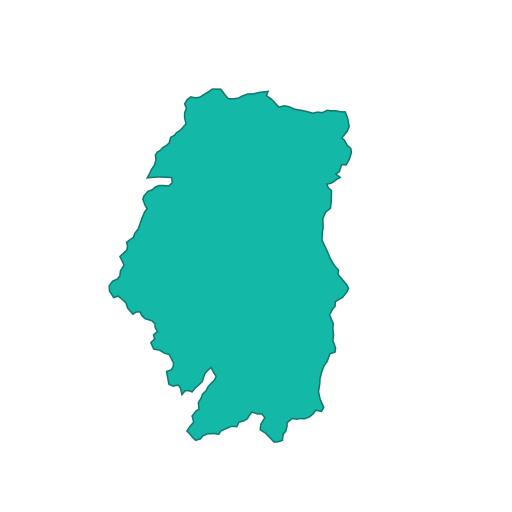 Cajati, São Paulo, Brazil (orthographic projection), rotated 327°
{"feature_id": "56859067B27281882546781", "entity_name": "Cajati", "entity_type": "district", "adm_level": 2, "iso_a3": "BRA", "parent_name": "Brazil", "parent_adm1": "São Paulo", "projection": "orthographic", "projection_center": [-48.207, -24.777], "detail": "fine", "context": "isolated", "style": "filled", "palette": "teal", "viewbox_px": 512, "rotation_deg": 327, "n_neighbors": 0, "source": "geoboundaries", "source_scale": "gbopen_adm2", "svg_char_len": 3136}
<svg xmlns="http://www.w3.org/2000/svg" viewBox="0 0 512 512"><g transform="rotate(327 256 256)"><path d="M226.2,422.0L230.4,419.8L231.8,411.0L234.5,403.9L239.7,398.1L242.7,393.9L247.5,389.4L252.8,385.4L258.5,383.0L264.7,378.3L270.0,379.6L272.5,376.7L273.7,372.4L274.3,368.9L278.2,364.2L280.9,358.7L284.0,354.8L284.9,349.3L285.8,345.2L291.7,342.1L294.9,341.3L297.5,337.6L301.6,337.6L305.9,337.9L312.3,335.8L316.0,333.5L316.4,329.5L315.5,321.7L314.7,315.9L317.5,313.0L316.5,307.2L317.0,298.2L318.4,290.4L320.0,278.6L324.8,272.0L327.2,269.4L329.9,265.4L332.1,261.3L338.3,257.1L344.4,256.5L348.4,251.8L354.9,242.4L353.8,238.1L354.5,234.3L358.3,235.8L361.7,236.0L365.8,235.6L369.5,236.0L367.5,230.7L371.7,230.7L377.6,226.0L381.2,228.7L387.0,225.7L392.4,221.2L394.1,217.4L392.7,212.7L393.3,207.2L392.3,203.7L396.7,202.3L400.4,201.1L404.7,198.1L407.9,190.4L409.3,183.7L405.5,181.2L402.1,177.8L397.8,174.9L395.1,172.6L389.9,172.0L385.9,168.8L381.4,167.2L377.1,162.3L372.7,157.9L368.5,154.1L364.6,148.3L361.3,145.3L356.4,143.7L355.5,139.2L354.4,132.9L352.1,127.3L355.8,124.5L348.3,120.8L341.8,118.5L337.5,115.7L332.4,114.5L326.8,113.9L321.9,111.4L318.3,108.9L317.6,101.9L317.3,96.9L310.3,92.2L304.8,92.4L299.3,92.2L295.4,92.2L291.6,90.6L287.9,87.0L283.6,87.3L279.0,89.5L278.0,94.4L274.1,97.0L271.3,101.4L269.4,106.9L263.5,108.7L260.0,109.5L256.6,109.2L253.4,110.4L249.1,110.0L244.8,113.9L241.1,114.5L237.0,114.3L233.3,115.3L229.7,115.1L226.6,116.5L224.5,120.8L220.3,124.5L215.5,126.5L210.8,129.4L207.3,131.2L216.7,136.2L222.1,140.0L228.0,144.3L225.7,149.0L220.8,149.7L216.0,145.9L213.0,144.1L209.4,143.3L205.3,143.9L200.5,142.9L194.6,144.7L192.0,146.8L190.7,152.5L190.4,157.0L186.6,158.4L180.8,162.3L175.4,166.5L172.1,169.1L166.5,171.1L163.5,173.6L158.6,173.7L154.8,174.1L153.7,177.8L150.9,180.7L146.7,181.4L141.6,182.3L141.1,186.8L140.4,191.7L134.3,194.6L131.0,198.5L127.1,199.8L121.9,199.0L116.6,201.1L114.0,205.6L114.1,209.3L113.9,213.4L118.7,214.6L121.4,224.2L120.0,229.7L120.5,234.0L121.1,237.8L125.0,237.7L128.3,239.7L127.8,243.4L128.8,248.1L131.4,251.2L133.5,253.9L134.4,257.7L132.4,261.2L132.3,265.7L127.0,266.3L125.9,270.3L120.6,271.4L119.5,278.3L123.8,282.4L126.4,287.8L129.6,291.4L129.1,295.3L128.6,300.8L126.2,303.7L122.8,305.3L118.1,304.1L115.8,309.6L113.1,316.2L115.6,320.0L120.6,321.9L120.6,326.0L118.4,331.9L123.1,330.4L126.0,332.1L128.4,335.2L133.5,333.5L139.3,332.7L142.8,331.9L148.7,327.0L153.5,325.6L157.5,325.0L157.0,330.7L157.0,335.2L153.7,337.4L149.2,338.3L144.9,339.4L140.5,341.9L136.0,342.7L132.5,345.3L127.8,347.6L124.7,353.5L121.3,353.3L115.3,355.4L113.2,361.4L107.8,363.0L102.7,365.2L103.6,369.3L103.9,373.0L105.0,377.7L109.8,379.1L113.5,377.9L118.5,378.7L124.3,382.2L127.6,385.2L131.3,383.6L137.1,384.5L142.7,385.5L147.0,388.7L151.2,386.1L156.3,387.7L160.3,387.7L163.8,385.9L167.7,384.8L171.3,389.3L174.9,391.6L175.4,396.3L168.4,399.8L164.9,404.0L167.5,409.8L168.6,415.3L169.8,421.9L173.4,423.9L177.7,425.0L181.9,420.2L185.5,419.2L189.3,415.7L191.4,412.7L197.9,412.0L201.1,414.9L204.3,416.3L208.2,419.0L213.6,420.1L218.3,419.4L222.1,417.9L226.2,422.0Z" fill="#14b8a6" stroke="#0f766e" stroke-width="1.5"/></g></svg>